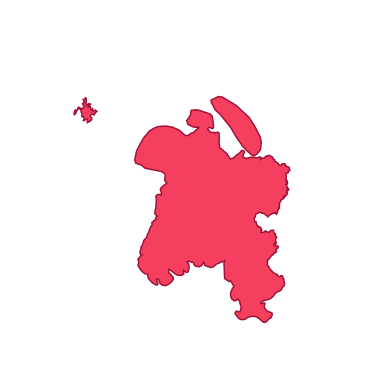 Bua, Northern, Fiji (Natural Earth projection), rotated 42°
{"feature_id": "14151628B59272471160482", "entity_name": "Bua", "entity_type": "district", "adm_level": 2, "iso_a3": "FJI", "parent_name": "Fiji", "parent_adm1": "Northern", "projection": "natural_earth1", "projection_center": [178.732, -16.793], "detail": "fine", "context": "isolated", "style": "filled", "palette": "rose", "viewbox_px": 384, "rotation_deg": 42, "n_neighbors": 0, "source": "geoboundaries", "source_scale": "gbopen_adm2", "svg_char_len": 6094}
<svg xmlns="http://www.w3.org/2000/svg" viewBox="0 0 384 384"><g transform="rotate(42 192 192)"><path d="M292.8,174.8L291.5,175.0L291.0,175.5L289.5,175.3L289.2,176.6L288.3,176.6L288.6,175.7L288.3,174.6L287.7,174.8L287.8,174.2L288.4,174.2L288.8,173.2L286.4,172.2L285.2,169.8L285.4,169.2L283.3,168.4L282.5,168.6L281.8,167.2L281.2,167.8L278.6,166.6L278.2,165.9L276.9,167.0L276.1,168.4L276.2,170.2L274.9,171.3L272.6,171.7L272.5,173.5L270.2,176.1L269.3,174.4L269.3,173.6L268.4,173.8L268.1,173.1L267.4,172.6L266.2,172.4L263.9,173.9L263.5,172.9L261.8,173.2L259.7,171.3L258.3,172.0L256.0,170.2L255.7,169.7L255.7,168.0L254.7,166.9L254.4,165.1L256.1,161.3L258.4,161.1L259.0,160.2L260.6,159.7L263.1,159.8L264.2,159.4L265.1,159.7L265.1,156.6L266.1,154.8L266.2,153.7L267.4,152.7L267.5,152.0L268.0,151.5L268.7,152.0L269.7,152.0L269.1,150.0L267.8,147.4L267.8,146.3L267.5,146.1L267.7,145.4L266.8,145.1L266.6,144.0L265.9,143.8L265.6,142.9L264.2,141.4L264.2,139.6L263.5,138.6L264.1,136.5L263.7,136.5L263.6,136.0L263.8,135.4L264.4,135.4L264.4,134.6L264.1,133.8L263.1,133.8L263.5,132.6L264.1,132.7L264.0,131.5L264.4,131.1L263.9,129.8L263.5,129.6L263.7,129.0L262.9,128.5L262.4,129.0L261.8,127.9L262.0,127.1L261.5,127.0L261.6,126.7L262.4,126.3L261.9,125.1L261.2,125.0L260.6,125.7L259.5,124.5L256.9,123.6L257.3,122.9L256.6,122.3L257.4,122.3L257.2,121.5L255.8,120.6L255.2,121.5L254.9,121.3L255.1,120.7L254.5,120.6L254.6,120.0L254.1,120.1L249.8,115.6L249.5,115.2L250.5,113.5L250.4,112.7L249.8,112.3L249.9,110.7L250.2,110.5L247.7,108.7L244.6,110.0L244.4,109.5L243.0,109.5L242.3,108.8L240.1,110.5L240.5,112.4L238.7,113.7L237.1,113.1L232.3,113.6L232.0,112.8L230.4,113.2L228.9,112.3L227.7,112.3L224.7,113.2L223.1,115.8L222.6,118.6L221.2,120.7L220.9,121.8L220.3,120.2L218.9,120.5L218.1,121.8L218.1,122.7L213.1,126.0L209.5,131.0L206.8,131.8L205.7,131.5L204.4,127.5L203.6,126.7L201.7,127.2L201.2,127.9L201.2,132.2L200.2,135.6L200.2,138.0L199.7,139.6L198.4,142.0L192.8,140.2L182.7,140.4L180.1,137.9L179.0,137.5L177.9,135.7L173.7,131.0L172.5,130.1L171.1,130.3L169.9,132.2L168.7,132.8L166.6,134.8L164.6,135.2L161.3,134.6L161.3,132.6L164.9,131.1L165.1,130.2L163.4,128.1L159.2,124.5L156.4,122.3L155.1,121.9L153.5,121.8L142.2,126.7L140.5,127.8L136.9,131.5L137.1,132.7L139.2,135.5L140.0,139.5L140.2,142.5L143.7,144.5L149.6,142.8L152.3,140.7L153.4,139.3L154.1,139.7L153.2,145.6L153.5,146.7L151.9,148.9L151.9,151.0L151.4,151.4L151.4,152.5L149.3,154.4L141.0,154.6L134.2,156.8L128.0,160.8L123.0,166.1L121.2,169.7L119.5,175.0L119.9,184.4L121.3,190.9L123.3,198.5L128.0,206.6L131.0,208.2L136.6,205.9L141.2,205.7L155.2,197.4L159.1,196.7L160.1,196.8L160.9,197.5L164.1,201.7L167.3,202.2L166.3,207.7L166.5,209.2L166.1,210.1L166.6,210.5L166.8,211.4L169.9,213.1L171.1,215.0L170.0,215.2L168.4,216.5L167.9,217.5L168.1,219.6L169.3,220.1L174.7,226.6L178.2,232.2L179.5,233.2L182.4,233.1L182.0,235.3L183.3,236.3L183.1,236.5L183.4,237.3L182.9,238.4L182.6,241.6L184.2,242.8L184.7,246.0L187.0,251.8L187.2,253.3L188.2,255.0L188.7,256.7L188.5,259.3L188.7,260.6L190.3,263.7L191.1,266.4L190.8,266.9L191.9,267.9L193.6,271.8L195.6,272.5L196.5,272.2L195.7,273.1L196.7,273.9L196.8,278.2L199.3,279.4L201.0,282.7L205.5,284.2L208.9,284.5L211.4,284.3L214.1,282.9L216.7,285.1L220.4,285.8L224.1,285.9L227.5,285.2L228.2,284.4L228.2,283.2L227.2,282.3L223.9,280.8L224.7,279.4L225.8,279.4L229.9,281.4L232.4,281.0L235.1,279.2L236.4,276.1L236.9,271.4L236.5,269.2L235.5,268.2L231.2,267.3L228.9,267.5L227.6,266.5L226.4,264.7L235.1,264.0L237.4,263.3L240.2,260.7L240.8,258.3L238.8,256.9L238.2,255.9L241.6,255.6L242.4,254.4L242.2,253.6L241.1,251.0L238.9,248.6L237.2,247.6L235.0,247.0L236.3,245.5L239.6,243.8L240.5,243.8L242.3,244.7L243.8,244.7L244.9,244.4L247.4,242.7L248.2,240.7L248.3,239.3L247.7,236.3L250.3,237.8L252.7,237.4L256.8,235.3L258.1,232.7L258.3,229.3L259.5,227.3L260.4,224.7L262.1,222.4L262.3,221.3L263.1,223.2L274.2,234.5L279.6,233.7L280.3,232.2L286.2,234.1L286.8,237.5L288.3,241.3L290.5,243.5L292.8,244.8L296.3,244.6L297.5,242.7L297.8,240.8L300.7,241.4L302.6,243.0L305.2,244.2L307.6,248.1L307.6,249.0L306.7,249.8L304.6,250.9L304.9,253.0L305.9,253.7L311.3,254.7L313.5,254.2L315.8,252.2L316.7,250.7L317.2,248.1L318.6,245.6L322.0,242.3L325.9,241.2L331.7,241.1L332.7,240.9L333.5,240.0L334.0,238.6L334.1,234.5L334.6,233.9L334.8,232.1L333.5,229.2L332.8,228.5L331.2,228.7L329.0,229.7L326.1,230.3L322.8,229.1L322.0,228.4L321.0,226.2L320.2,226.0L319.4,226.7L318.5,228.5L317.7,228.9L317.2,228.2L317.1,227.3L318.5,223.9L321.1,220.2L322.2,215.6L321.7,210.7L323.8,205.8L323.8,205.1L323.0,202.2L323.3,200.8L322.2,198.0L320.0,196.8L318.8,195.4L317.7,195.3L315.8,194.0L315.1,193.9L314.0,194.6L314.2,195.9L313.5,196.7L311.3,196.7L310.6,196.2L307.8,197.3L306.0,197.4L301.5,197.1L298.3,195.9L297.9,196.2L296.7,195.7L295.2,194.0L294.9,193.2L294.2,193.2L293.9,192.6L293.8,191.7L294.2,190.5L293.8,188.9L293.7,186.1L294.2,184.2L293.9,183.5L294.2,181.9L294.9,181.0L294.5,179.6L293.6,179.6L292.8,177.7L293.4,176.4L292.8,174.8ZM212.7,124.2L214.2,122.9L214.9,119.8L214.5,114.6L210.0,108.5L205.5,105.3L195.8,101.6L184.9,98.4L166.9,98.1L151.2,101.1L147.8,103.3L144.7,110.9L145.9,112.2L154.3,115.5L161.1,115.5L178.1,118.3L187.8,121.5L199.5,124.2L206.4,124.6L210.0,124.6L212.7,124.2ZM50.7,193.1L49.7,193.3L50.6,194.5L49.2,196.1L50.3,196.2L51.8,197.6L51.5,199.8L54.0,200.4L54.7,200.8L55.0,201.6L54.9,203.0L53.9,203.9L52.8,204.5L51.0,204.7L50.9,205.6L51.3,206.4L52.0,206.4L53.1,205.3L54.8,205.1L55.1,205.9L56.4,206.9L58.0,207.3L59.6,209.7L60.0,209.7L60.8,208.7L62.0,209.0L63.0,210.1L63.3,211.5L64.2,211.1L64.5,208.8L65.4,208.0L66.4,208.3L66.8,209.7L67.9,210.5L69.0,207.0L69.0,205.2L67.7,203.9L65.5,203.7L65.1,202.8L65.3,201.1L67.8,200.0L67.1,198.0L67.4,195.7L65.3,195.8L64.3,197.7L63.4,198.5L62.7,197.9L62.7,196.6L62.4,196.5L62.2,198.0L61.3,198.7L60.1,196.8L58.9,196.7L58.4,198.0L57.4,198.1L57.2,196.8L58.0,195.3L57.9,194.5L57.5,194.5L56.5,195.7L56.0,195.7L55.7,197.3L55.1,197.9L53.5,196.5L52.1,194.5L51.4,194.2L50.7,193.1ZM53.0,213.2L53.0,211.0L52.0,209.3L52.0,208.0L51.6,207.8L50.6,208.9L50.5,210.1L51.5,212.3L52.7,213.2L53.0,213.2Z" fill="#f43f5e" stroke="#9f1239" stroke-width="1.5"/></g></svg>